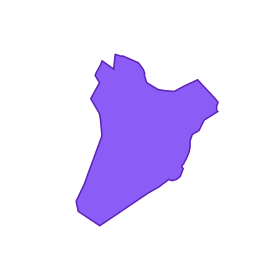 outline of Al Wazi'yah, Ta`izz, Yemen, rotated 325°
{"feature_id": "15242507B35226342487044", "entity_name": "Al Wazi'yah", "entity_type": "district", "adm_level": 2, "iso_a3": "YEM", "parent_name": "Yemen", "parent_adm1": "Ta`izz", "projection": "orthographic", "projection_center": [43.764, 13.18], "detail": "fine", "context": "isolated", "style": "filled", "palette": "violet", "viewbox_px": 256, "rotation_deg": 325, "n_neighbors": 0, "source": "geoboundaries", "source_scale": "gbopen_adm2", "svg_char_len": 1204}
<svg xmlns="http://www.w3.org/2000/svg" viewBox="0 0 256 256"><g transform="rotate(325 128 128)"><path d="M59.4,149.3L53.5,152.6L43.4,158.4L43.0,159.3L39.4,167.8L44.3,180.3L48.8,191.8L57.1,192.0L74.8,192.3L86.6,192.5L91.8,192.6L92.7,192.6L100.6,192.7L101.8,192.8L103.4,192.8L104.8,192.8L106.5,192.8L115.3,193.6L119.4,194.0L131.8,193.5L133.9,196.5L138.1,197.9L141.5,197.8L142.8,197.7L144.2,196.8L144.3,196.8L150.0,192.9L149.8,190.6L151.6,189.4L152.6,189.4L157.5,186.9L158.7,186.3L164.5,182.5L167.9,179.2L171.7,174.0L176.9,170.2L180.7,170.4L182.1,170.6L184.7,170.8L194.8,165.3L196.3,165.3L207.1,165.8L209.0,165.9L210.5,166.0L210.4,165.9L211.4,163.4L212.7,161.4L216.6,158.5L216.2,154.2L216.1,153.0L215.2,146.4L214.1,138.7L213.8,136.8L213.6,135.4L212.7,128.4L197.9,125.8L187.0,124.6L179.9,118.8L178.4,117.4L174.7,113.7L174.0,112.1L169.4,101.8L169.3,101.6L171.9,93.6L172.9,93.1L174.1,88.9L174.0,80.7L172.4,78.0L171.0,75.7L167.8,70.4L164.9,65.8L163.8,65.6L163.3,64.9L159.9,60.4L159.6,60.5L151.5,69.8L150.1,71.6L145.3,58.1L145.0,58.3L141.8,60.5L133.6,64.5L131.2,66.1L130.6,74.6L114.3,82.6L112.9,99.4L111.3,103.2L110.3,105.3L102.2,119.4L59.4,149.3Z" fill="#8b5cf6" stroke="#5b21b6" stroke-width="1.5"/></g></svg>